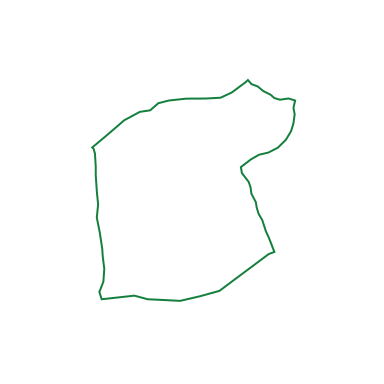 the district of Danderyd, Stockholm, Sweden, rotated 51°
{"feature_id": "70781695B902417386827", "entity_name": "Danderyd", "entity_type": "district", "adm_level": 2, "iso_a3": "SWE", "parent_name": "Sweden", "parent_adm1": "Stockholm", "projection": "mercator", "projection_center": [18.042, 59.411], "detail": "fine", "context": "isolated", "style": "outline", "palette": "green", "viewbox_px": 384, "rotation_deg": 51, "n_neighbors": 0, "source": "geoboundaries", "source_scale": "gbopen_adm2", "svg_char_len": 947}
<svg xmlns="http://www.w3.org/2000/svg" viewBox="0 0 384 384"><g transform="rotate(51 192 192)"><path d="M218.5,329.7L224.6,320.2L236.3,302.0L247.5,293.9L258.0,282.1L269.1,269.8L277.9,251.7L286.1,232.9L286.7,217.1L288.5,171.5L290.4,165.7L276.1,161.1L269.0,159.3L258.1,155.1L251.0,154.0L244.6,151.4L240.1,148.8L230.7,146.9L225.1,143.5L219.9,141.6L208.6,141.3L203.4,138.3L203.7,125.9L205.2,116.5L209.4,107.9L211.6,97.4L210.5,86.2L207.1,76.8L202.6,70.1L196.2,63.3L190.6,60.3L185.8,54.3L180.1,58.1L175.6,65.6L170.8,68.9L165.9,69.7L158.4,73.1L151.3,74.5L145.6,77.9L140.2,78.1L140.4,81.3L139.7,98.5L136.7,110.5L127.7,122.9L115.7,137.9L106.3,152.5L101.8,162.3L102.2,173.1L96.9,182.1L93.6,199.4L94.3,223.0L94.6,241.5L96.6,241.3L101.0,243.2L111.5,250.7L118.6,256.4L132.7,266.3L142.6,272.8L152.0,282.1L165.5,289.2L179.5,297.4L186.0,302.0L196.5,308.5L205.9,317.3L210.7,325.6L211.2,326.8L218.5,329.7Z" fill="none" stroke="#15803d" stroke-width="2"/></g></svg>